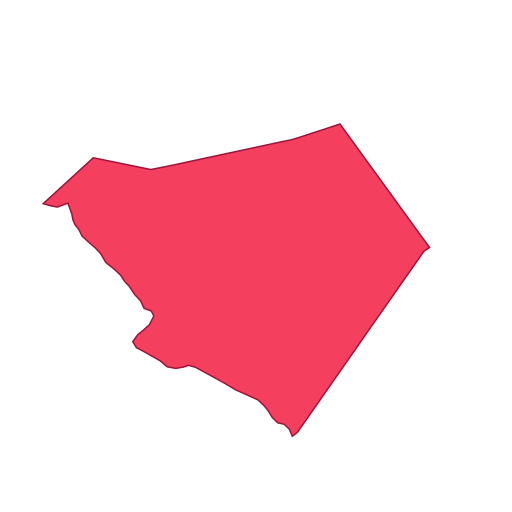 Várzea Grande, Piauí, Brazil, rotated 147°
{"feature_id": "56859067B71883429484775", "entity_name": "Várzea Grande", "entity_type": "district", "adm_level": 2, "iso_a3": "BRA", "parent_name": "Brazil", "parent_adm1": "Piauí", "projection": "albers", "projection_center": [-42.19, -6.555], "detail": "fine", "context": "isolated", "style": "filled", "palette": "rose", "viewbox_px": 512, "rotation_deg": 147, "n_neighbors": 0, "source": "geoboundaries", "source_scale": "gbopen_adm2", "svg_char_len": 911}
<svg xmlns="http://www.w3.org/2000/svg" viewBox="0 0 512 512"><g transform="rotate(147 256 256)"><path d="M106.5,181.1L113.7,321.0L137.0,327.1L144.5,329.1L156.1,332.2L163.0,334.2L172.6,338.0L281.9,379.7L297.1,385.8L339.0,427.0L406.0,415.8L400.7,409.8L395.9,405.2L385.0,402.8L387.5,391.8L389.7,386.4L390.7,381.2L390.2,374.4L391.0,367.4L388.7,358.3L386.4,350.4L385.0,342.4L385.5,332.5L381.8,321.2L380.0,313.5L380.0,306.5L378.9,300.4L378.7,289.5L377.2,281.1L378.4,273.0L373.8,266.9L374.3,261.4L382.7,256.5L389.9,255.3L398.0,254.4L406.0,251.3L406.2,244.1L401.7,236.2L399.1,231.1L393.6,220.6L390.8,211.4L384.6,205.5L377.5,202.4L372.1,201.0L367.4,195.7L351.7,166.5L345.9,154.7L336.9,140.8L332.7,134.2L330.7,125.7L330.1,119.3L330.3,111.9L328.7,104.3L324.1,99.7L322.4,92.8L323.7,85.0L317.2,85.6L217.3,126.1L212.0,128.3L112.4,168.6L105.8,168.6L106.5,181.1Z" fill="#f43f5e" stroke="#9f1239" stroke-width="1.5"/></g></svg>